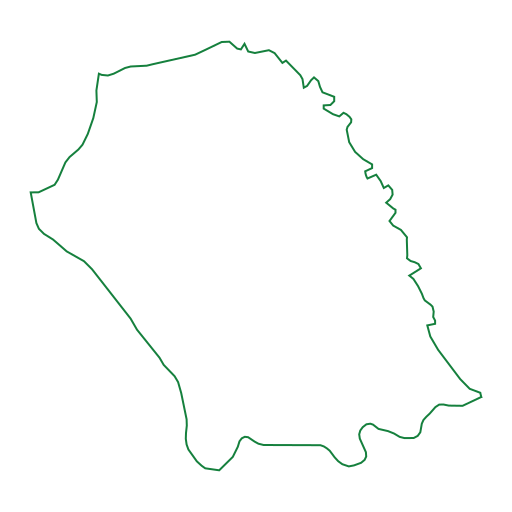 the County of Botosani
{"feature_id": "ROU-287", "entity_name": "Botosani", "entity_type": "County", "adm_level": 1, "iso_a3": "ROU", "parent_name": "Romania", "parent_adm1": "", "projection": "mercator", "projection_center": [26.907, 47.851], "detail": "fine", "context": "isolated", "style": "outline", "palette": "green", "viewbox_px": 512, "rotation_deg": 0, "n_neighbors": 0, "source": "natural_earth", "source_scale": "10m", "svg_char_len": 2270}
<svg xmlns="http://www.w3.org/2000/svg" viewBox="0 0 512 512"><path d="M229.4,41.7L237.2,48.6L240.9,49.4L244.5,43.8L248.2,51.5L254.9,53.0L268.9,50.2L274.6,53.1L282.4,62.9L286.0,60.6L300.3,75.2L302.5,79.1L303.8,87.7L307.1,85.9L311.0,80.3L314.0,77.4L318.3,81.1L320.0,86.9L322.5,92.3L334.2,96.8L334.2,101.2L330.4,105.0L323.7,105.4L323.7,108.6L333.0,114.2L339.3,116.4L343.5,112.8L346.4,114.2L349.5,116.8L351.3,119.3L351.3,119.8L351.1,122.3L347.5,126.9L346.7,129.7L349.2,142.2L355.1,151.9L363.2,159.2L372.1,164.4L372.1,168.1L365.2,171.3L365.5,173.4L366.0,175.3L366.7,177.1L367.5,178.5L376.2,174.7L380.7,181.1L383.8,188.0L388.3,185.4L392.2,189.9L392.6,194.6L390.2,199.1L386.2,202.7L393.3,208.5L395.5,209.7L395.5,210.7L395.5,212.8L389.5,221.0L393.2,225.6L400.9,229.9L407.0,237.3L406.8,239.6L407.3,255.2L407.0,258.3L410.6,261.0L414.7,262.2L418.4,264.0L420.9,268.3L409.3,275.6L413.4,278.9L418.1,286.2L421.9,293.8L423.5,298.1L424.8,300.4L430.8,304.9L432.5,306.6L432.7,307.4L433.7,311.6L433.2,317.0L435.1,320.6L435.1,323.8L427.3,325.4L430.3,336.5L438.1,349.8L460.2,379.1L469.7,388.8L480.3,392.8L480.6,394.3L481.3,397.0L481.2,397.0L462.6,405.8L448.8,405.6L443.4,404.5L439.2,404.6L435.4,407.1L429.6,413.7L426.4,416.7L423.5,419.9L421.8,423.7L420.3,432.3L417.7,435.9L413.7,438.0L404.5,438.1L399.7,436.9L394.0,433.5L388.0,431.1L378.5,428.9L373.0,424.6L370.3,423.7L366.4,424.3L362.7,427.2L360.3,430.5L359.2,434.3L359.8,438.6L365.9,452.2L366.2,456.5L364.6,459.9L361.1,462.8L354.0,465.4L348.8,466.4L342.3,464.2L338.2,461.2L334.7,457.4L329.7,450.7L326.8,448.3L323.8,446.4L320.4,445.2L263.6,445.0L258.4,443.7L254.6,441.6L248.1,437.2L244.8,436.8L241.8,438.3L239.5,441.3L237.8,446.8L232.8,456.9L219.2,470.3L205.2,468.3L201.6,465.7L196.8,461.3L188.4,449.5L186.6,444.5L185.8,438.8L186.0,433.0L186.8,425.6L186.6,419.3L181.2,393.0L178.1,382.1L174.6,376.2L163.7,364.9L159.5,357.7L137.0,329.7L130.6,318.6L92.0,269.2L84.0,261.2L66.7,251.4L53.0,239.5L44.0,233.9L38.9,228.8L36.4,223.1L30.7,192.4L38.6,192.3L54.6,184.8L57.9,179.7L65.4,162.4L69.6,157.0L78.4,149.5L82.5,144.7L87.8,133.9L93.3,118.1L96.8,102.0L96.4,90.5L98.9,73.7L101.7,74.9L107.9,75.5L113.7,73.7L125.0,68.0L130.7,66.5L146.7,65.7L152.4,64.3L195.1,54.7L205.5,49.8L221.7,42.0L229.4,41.7Z" fill="none" stroke="#15803d" stroke-width="2"/></svg>